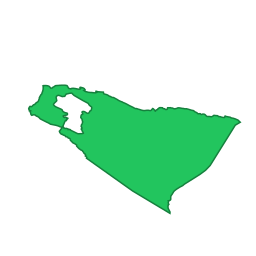 outline of Mondol Seima, Kaôh Kong, Cambodia, rotated 117°
{"feature_id": "14789045B23229264663112", "entity_name": "Mondol Seima", "entity_type": "district", "adm_level": 2, "iso_a3": "KHM", "parent_name": "Cambodia", "parent_adm1": "Kaôh Kong", "projection": "equal_earth", "projection_center": [102.98, 11.754], "detail": "fine", "context": "isolated", "style": "filled", "palette": "green", "viewbox_px": 256, "rotation_deg": 117, "n_neighbors": 0, "source": "geoboundaries", "source_scale": "gbopen_adm2", "svg_char_len": 5848}
<svg xmlns="http://www.w3.org/2000/svg" viewBox="0 0 256 256"><g transform="rotate(117 128 128)"><path d="M158.3,193.4L157.8,190.8L157.8,189.3L157.4,187.6L157.3,187.0L157.9,186.9L160.7,187.4L161.2,187.3L161.8,187.7L162.2,187.6L162.8,186.9L163.6,185.5L163.7,184.1L163.4,183.6L163.7,182.6L163.4,180.9L163.4,180.5L163.9,179.8L164.0,179.4L163.6,178.5L163.6,177.8L163.7,177.3L164.1,176.7L163.8,175.8L163.8,175.0L164.0,174.6L165.0,173.9L165.3,173.2L165.6,172.0L166.2,170.7L166.2,168.3L166.4,166.3L166.5,166.0L167.4,165.6L167.5,165.4L168.1,163.8L168.3,163.3L168.3,163.0L168.6,162.5L168.7,161.5L169.0,160.1L168.9,159.5L168.9,158.3L169.3,157.9L169.7,156.8L170.3,156.1L170.6,155.3L170.6,154.6L170.7,154.3L171.2,154.0L171.4,153.3L172.3,153.3L172.3,153.1L172.4,152.5L172.7,151.9L172.8,151.5L173.2,151.1L173.5,151.0L173.8,151.1L182.0,95.3L185.0,51.9L183.8,52.4L181.3,55.8L179.6,56.9L179.1,56.9L178.4,57.3L177.6,56.9L176.3,58.3L175.2,58.4L174.6,59.1L173.8,58.1L173.3,57.7L172.8,57.5L172.3,57.5L171.6,57.8L170.1,58.6L168.9,58.9L167.0,58.6L164.0,58.4L162.9,58.1L160.7,57.1L157.3,55.1L154.5,53.1L152.5,52.3L144.5,47.5L141.5,45.7L136.4,42.7L130.4,39.7L124.0,37.8L76.8,33.7L71.9,30.6L71.0,33.6L71.2,36.6L71.5,38.5L72.1,40.5L72.1,40.9L72.0,41.9L72.5,43.4L73.1,45.6L73.2,46.2L73.2,46.8L73.4,47.0L74.7,46.7L74.9,46.9L75.2,47.5L75.8,49.2L76.1,51.2L76.6,52.2L76.7,52.6L76.4,53.3L76.4,53.9L77.1,55.5L77.6,57.0L77.8,57.3L79.1,57.9L80.0,58.6L80.3,59.2L80.7,60.5L81.4,61.9L81.8,62.8L81.8,63.4L81.1,65.4L81.1,66.5L81.7,67.8L82.6,68.6L82.8,69.0L82.5,69.9L82.5,70.3L83.5,72.0L83.5,72.3L83.2,73.2L83.1,73.9L83.2,75.8L83.1,76.1L82.9,76.8L82.8,77.7L83.3,79.4L83.8,82.3L84.3,84.6L85.0,85.9L85.3,86.8L85.5,87.7L85.9,88.6L86.6,91.0L87.3,92.6L88.3,93.4L89.7,95.0L90.0,96.2L90.0,97.3L90.3,98.1L90.6,98.8L90.6,99.3L91.5,101.0L91.8,101.7L92.0,101.9L93.4,101.6L93.7,101.7L94.3,102.5L94.5,103.2L94.4,103.5L94.2,104.1L94.7,105.3L94.7,105.7L94.3,106.4L94.5,107.0L95.4,108.9L95.9,109.4L96.9,109.7L97.4,110.1L98.0,110.1L98.3,110.2L98.8,110.7L99.5,111.2L100.5,111.2L100.6,111.4L100.2,112.1L99.6,113.5L99.4,114.3L99.4,114.8L100.0,115.0L101.7,115.4L102.4,116.0L102.5,116.3L102.9,117.7L103.7,119.3L105.0,121.2L105.6,122.6L106.0,124.3L106.3,126.3L106.6,127.6L106.8,129.2L107.4,130.4L107.4,130.9L107.3,132.8L107.4,136.9L107.3,139.5L107.3,141.7L107.5,144.1L107.4,145.3L107.6,146.2L107.7,148.7L107.5,150.7L107.4,154.7L108.0,156.2L108.0,156.9L107.8,157.8L108.0,158.1L108.1,159.3L107.9,160.5L107.9,162.0L108.5,164.7L108.4,165.2L108.2,165.5L107.2,166.2L108.0,168.0L109.3,171.1L109.7,173.2L110.0,173.2L110.3,173.0L110.4,172.3L110.5,172.1L111.3,172.8L112.2,174.5L112.2,174.8L112.6,175.5L112.6,175.9L113.5,177.8L113.8,178.6L114.2,179.6L114.5,181.3L114.7,181.7L114.8,182.4L114.8,183.1L114.6,184.4L114.1,184.0L113.8,183.6L113.6,183.5L113.3,183.7L113.2,184.2L112.8,184.7L112.7,185.5L112.7,186.3L113.0,187.7L113.2,188.0L113.1,188.3L113.2,188.7L113.5,189.1L114.0,189.1L114.3,188.2L115.0,188.3L115.4,188.7L116.0,190.0L116.7,192.7L117.5,194.9L118.3,196.2L118.9,196.7L119.1,196.7L119.6,198.9L118.1,201.1L117.9,201.7L118.2,202.8L118.6,203.8L120.0,206.6L120.7,207.7L121.0,208.3L121.6,209.2L123.0,211.6L123.6,212.1L124.9,212.7L125.9,213.5L126.5,213.5L127.6,214.8L127.3,215.6L126.7,216.9L126.7,217.4L126.8,218.6L127.5,220.6L128.0,221.3L128.3,222.2L128.5,222.4L128.5,222.1L129.1,222.7L129.3,222.7L129.7,222.2L130.4,222.0L132.0,221.2L134.5,220.6L134.9,220.7L136.8,220.3L138.0,220.7L141.2,220.8L141.6,220.5L142.8,220.3L145.1,220.1L145.3,220.2L145.8,220.3L147.0,221.2L149.2,221.8L149.8,222.2L150.1,222.6L150.7,222.9L152.4,223.4L152.8,223.7L153.2,225.1L154.6,225.4L155.2,225.1L155.5,225.3L156.0,225.2L156.7,224.4L157.0,223.4L157.0,223.2L157.3,223.7L157.5,223.7L157.5,223.2L157.3,223.1L157.4,222.9L157.6,223.0L159.0,221.4L160.0,220.6L160.3,220.0L160.4,219.5L159.2,218.3L159.0,218.0L158.8,217.3L158.6,217.0L158.6,216.6L159.0,215.0L158.9,214.8L158.8,214.2L158.9,212.5L159.7,210.3L159.7,203.1L159.6,201.2L159.8,198.8L158.3,193.4ZM153.6,166.0L155.5,169.3L155.8,170.0L155.9,170.8L156.0,178.1L155.7,178.6L155.7,179.0L155.8,179.2L156.0,179.6L156.1,179.8L156.2,180.0L155.9,179.9L155.9,180.2L156.1,180.4L156.2,182.5L156.8,183.4L156.9,184.2L157.2,184.4L157.3,184.7L156.4,186.1L156.2,186.7L156.1,186.8L155.7,186.8L150.6,187.2L150.0,187.0L149.9,186.8L149.7,186.5L149.5,186.4L149.2,186.3L148.7,186.7L148.2,186.8L148.0,186.6L147.6,186.6L147.5,186.4L147.7,186.2L147.3,186.1L146.8,185.9L146.7,186.0L147.0,186.3L147.1,186.5L147.0,186.9L146.6,187.1L146.7,188.8L146.9,189.0L147.5,189.3L147.5,189.8L147.3,190.7L146.9,191.1L146.7,191.2L146.4,191.1L146.1,190.8L145.2,189.7L144.3,188.5L144.0,188.2L143.5,188.1L142.9,188.3L142.4,189.0L142.9,191.2L142.9,193.2L142.7,193.7L141.7,195.0L141.6,195.6L141.6,196.3L141.8,199.7L141.9,201.7L141.8,202.9L141.6,203.9L141.4,204.4L140.9,205.0L139.9,205.1L136.4,203.9L135.9,203.9L133.5,205.9L133.2,206.0L132.3,206.1L131.5,205.8L130.5,205.0L130.3,204.3L130.1,203.1L129.9,201.0L129.7,200.5L129.2,199.9L128.6,198.8L128.4,198.7L127.5,198.7L125.7,198.4L125.6,198.1L123.6,195.8L123.1,195.0L122.7,194.5L122.5,193.8L122.6,193.3L122.8,193.1L123.0,192.4L123.4,191.1L123.5,190.4L124.0,181.1L124.1,174.9L124.2,174.5L124.6,173.9L125.1,173.1L125.5,171.8L125.8,170.1L126.2,169.6L126.9,169.3L128.8,168.9L129.3,169.0L130.4,169.7L131.0,169.6L132.2,169.7L132.6,169.9L133.1,170.3L133.4,171.5L133.2,173.2L133.2,174.1L133.3,174.8L133.7,175.7L134.3,176.2L134.9,176.1L135.6,175.0L136.0,174.7L136.3,174.6L136.7,175.0L137.5,175.5L138.4,175.4L140.0,174.9L140.3,174.5L141.1,172.9L141.5,172.5L142.3,172.1L143.1,171.1L143.7,171.0L144.0,171.0L145.1,170.7L146.4,170.9L146.7,170.9L147.1,170.6L148.0,170.4L148.3,169.7L148.7,169.2L149.1,169.2L149.4,168.8L149.7,168.9L150.1,169.2L150.3,169.1L150.7,168.6L150.8,167.9L151.6,167.3L152.1,166.4L152.2,166.1L152.8,165.4L153.0,165.4L153.6,166.0Z" fill="#22c55e" stroke="#15803d" stroke-width="1.5"/></g></svg>